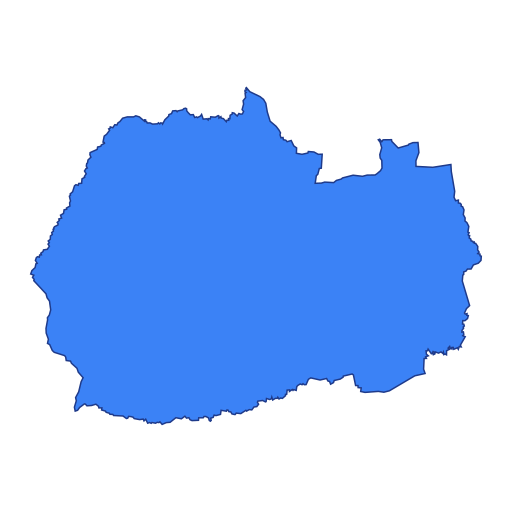 Chulabhorn, Nakhon Si Thammarat, Thailand
{"feature_id": "78962969B60161161731937", "entity_name": "Chulabhorn", "entity_type": "district", "adm_level": 2, "iso_a3": "THA", "parent_name": "Thailand", "parent_adm1": "Nakhon Si Thammarat", "projection": "albers", "projection_center": [99.858, 8.079], "detail": "fine", "context": "isolated", "style": "filled", "palette": "blue", "viewbox_px": 512, "rotation_deg": 0, "n_neighbors": 0, "source": "geoboundaries", "source_scale": "gbopen_adm2", "svg_char_len": 6001}
<svg xmlns="http://www.w3.org/2000/svg" viewBox="0 0 512 512"><path d="M477.8,246.5L475.7,243.4L474.4,243.2L474.2,242.0L473.3,242.4L472.8,241.3L471.1,240.9L470.8,239.1L469.2,238.0L469.6,235.6L468.5,235.5L468.2,234.5L469.1,232.7L467.9,232.1L468.8,226.4L466.9,222.6L465.0,221.0L465.1,217.9L463.3,214.6L464.0,209.9L462.6,206.7L461.2,206.2L461.2,204.4L460.3,203.3L458.4,203.0L458.4,200.1L455.6,200.7L454.0,197.2L454.7,191.3L451.3,171.5L450.9,164.5L432.8,167.3L416.0,166.4L415.9,160.8L418.9,152.6L418.0,142.5L413.0,142.6L408.8,144.2L408.3,145.1L398.2,148.0L391.8,141.4L391.5,139.7L383.1,139.8L381.8,141.7L379.7,139.2L378.3,139.8L380.2,142.3L381.7,147.8L379.8,154.6L380.2,158.1L381.8,160.4L382.0,168.1L380.5,170.7L376.6,174.0L375.0,175.0L367.1,175.1L362.5,176.3L353.1,175.2L342.6,177.9L341.1,179.1L336.4,180.4L333.7,182.6L324.7,182.1L321.4,183.1L315.2,183.3L316.3,175.7L317.8,174.3L319.3,168.5L321.3,168.2L322.2,154.2L318.2,154.3L314.0,152.0L308.3,151.5L307.9,153.0L302.0,154.3L296.4,153.3L296.6,147.9L293.8,145.9L291.2,140.5L287.1,141.7L285.8,140.2L283.4,139.7L283.0,137.5L281.0,137.8L280.0,134.8L280.5,132.9L279.0,130.1L276.1,126.3L270.1,121.2L267.3,112.0L265.8,103.3L263.6,99.5L260.0,96.6L249.8,91.7L246.4,87.6L245.8,88.2L246.5,89.9L245.0,90.3L245.0,91.8L246.1,92.5L245.1,93.3L245.6,97.6L243.1,100.7L243.6,104.1L242.1,109.6L243.6,111.4L242.4,113.9L240.8,114.2L238.9,113.5L237.2,116.0L234.1,113.1L232.3,112.7L232.2,114.0L230.1,115.3L229.9,118.7L228.5,118.6L228.7,120.3L226.9,120.2L226.3,121.7L223.4,118.6L221.2,118.1L220.9,116.7L219.0,118.0L218.9,116.0L218.2,115.6L215.3,117.2L210.7,116.8L210.2,118.9L208.3,118.6L208.1,119.9L206.8,118.8L203.2,119.1L201.6,114.4L200.4,116.1L197.4,117.6L196.6,116.9L194.7,117.5L193.3,114.6L190.3,114.8L188.1,112.6L186.7,110.8L186.6,108.8L185.6,108.2L183.9,108.6L182.7,109.8L177.6,111.0L177.1,111.7L176.0,110.6L172.7,110.9L171.5,113.6L168.9,114.6L168.7,116.1L164.9,119.7L162.6,124.0L162.2,123.1L160.6,122.9L159.8,123.9L158.4,122.8L157.6,123.8L152.6,124.1L150.0,122.9L147.2,123.0L146.5,121.4L145.2,121.5L145.5,119.9L144.5,119.8L144.0,120.8L139.4,116.9L135.8,115.8L133.6,116.9L127.2,116.9L122.6,118.2L119.9,121.6L118.0,122.8L116.9,125.0L114.8,124.7L112.8,127.7L110.3,126.9L110.1,128.2L108.7,128.9L109.6,130.3L106.6,134.3L104.2,136.1L103.0,142.1L104.3,142.5L104.5,143.3L101.3,145.0L100.8,146.3L97.6,147.0L97.2,149.4L90.1,152.6L89.9,154.7L90.9,157.2L88.0,160.0L87.5,162.9L86.7,163.6L86.3,166.1L87.3,168.0L86.0,168.6L84.5,171.0L86.2,173.8L84.4,176.4L84.7,177.3L82.0,178.8L81.6,183.3L78.7,183.5L78.2,185.3L75.9,184.7L74.5,185.8L72.6,191.8L70.1,194.0L70.5,195.1L69.4,196.2L70.5,201.0L69.6,202.8L69.9,206.1L66.5,208.0L66.7,209.2L64.1,209.8L63.5,213.4L60.5,215.2L61.6,218.1L58.8,219.0L59.3,220.5L57.2,222.4L58.1,223.7L57.9,225.0L54.5,226.7L53.7,228.0L54.0,228.9L53.1,229.3L53.4,231.2L51.7,232.5L52.3,234.5L50.4,236.0L50.3,239.3L48.2,241.0L49.3,242.7L48.0,244.1L49.4,246.2L47.3,249.3L43.5,249.9L43.0,251.6L40.8,253.2L41.4,254.8L39.6,255.0L39.3,257.1L37.6,256.7L36.4,257.5L35.4,260.4L37.2,263.3L35.9,263.8L35.1,267.6L31.9,270.6L30.7,274.0L33.8,275.2L32.5,277.4L34.2,279.4L33.8,280.7L46.0,293.8L47.1,297.8L49.5,301.1L50.7,309.9L49.3,315.1L47.4,317.7L47.6,319.8L46.0,328.4L46.2,333.1L48.4,339.2L47.5,343.4L49.7,344.6L52.3,350.5L54.2,352.3L64.6,355.6L65.7,357.1L66.2,360.5L70.5,361.1L71.5,363.3L77.0,368.3L78.3,372.2L83.1,377.7L81.1,381.8L78.7,391.8L75.6,397.6L76.3,400.8L74.4,407.2L75.2,411.1L77.6,410.3L79.6,407.5L84.4,403.9L85.4,404.1L86.9,405.8L91.5,405.5L95.9,404.2L98.5,406.3L98.9,407.9L101.9,407.9L101.6,410.0L105.5,411.1L106.1,412.3L109.3,413.2L109.9,414.3L112.8,414.4L113.6,415.5L123.0,416.0L126.4,418.5L127.7,418.2L128.6,416.4L131.0,416.6L133.1,417.2L134.2,418.6L139.7,419.6L143.2,419.1L144.0,420.9L145.7,419.2L147.7,423.2L149.5,422.5L151.2,423.3L151.9,422.5L155.6,423.2L157.2,422.3L158.9,422.6L159.9,421.8L162.1,424.4L166.3,422.6L170.1,422.3L175.9,417.7L181.4,418.8L184.9,416.2L186.5,418.1L188.9,417.7L190.0,419.7L192.0,420.6L198.5,420.3L198.7,417.8L203.2,417.8L204.0,416.5L205.9,416.5L208.5,417.9L209.3,420.5L210.4,421.2L211.2,420.4L210.7,418.2L213.2,417.4L214.1,415.1L216.0,415.6L220.5,414.4L221.1,410.3L226.4,411.2L226.9,410.0L228.0,410.1L228.9,411.7L230.8,411.9L231.9,413.9L234.4,414.5L235.2,414.5L236.2,413.1L240.8,413.6L245.9,410.3L246.6,411.1L249.2,409.6L251.8,409.9L254.0,407.0L256.8,406.6L258.6,404.2L257.4,402.3L257.9,401.1L262.7,400.5L265.5,401.9L266.1,401.6L266.5,398.5L269.7,399.5L271.4,398.8L271.8,397.2L272.7,400.0L275.3,398.4L277.3,398.3L277.8,397.2L279.0,399.0L280.7,398.0L282.4,398.4L285.5,395.7L285.5,394.4L286.7,394.2L287.1,390.1L289.5,389.9L289.5,391.4L292.3,389.5L293.0,390.4L293.7,389.6L296.2,390.4L296.8,386.5L298.0,385.3L300.2,384.0L302.1,384.7L303.0,383.7L304.3,384.7L306.1,384.6L308.4,379.3L310.7,377.9L320.1,380.0L326.6,378.5L327.9,381.0L329.6,381.5L330.6,384.2L333.5,382.6L334.2,380.5L340.2,379.1L343.1,377.2L343.3,376.1L352.1,374.0L353.4,374.9L355.6,385.5L358.0,385.6L358.1,387.6L361.2,387.9L360.7,391.5L365.0,392.4L378.3,391.4L383.9,392.2L389.4,390.8L414.8,375.8L425.1,373.5L423.6,369.2L424.1,358.5L426.4,358.4L425.6,356.8L428.3,355.8L426.4,354.2L426.1,350.8L427.5,350.8L428.1,349.1L431.3,353.7L432.8,353.9L432.5,352.6L433.1,351.5L434.5,352.7L433.9,354.4L434.9,353.9L435.2,351.9L438.5,353.1L441.0,351.9L442.7,353.3L443.4,352.0L443.8,354.6L445.1,354.0L446.5,354.8L446.6,350.7L449.5,349.3L448.1,348.1L449.7,346.4L450.2,348.0L451.9,349.0L451.9,347.5L453.2,347.4L453.8,349.3L457.4,347.8L458.3,349.3L459.2,346.6L461.2,346.9L460.4,345.1L465.2,336.7L462.8,335.7L463.8,334.6L463.4,331.9L461.9,332.1L462.0,330.4L463.6,328.2L463.2,327.0L464.3,326.0L463.8,324.2L462.5,324.0L462.8,320.6L464.9,320.7L467.5,318.6L468.3,315.6L466.8,315.2L467.0,313.6L465.3,314.1L464.5,313.0L466.5,308.6L469.6,305.6L462.3,281.0L462.8,275.1L463.7,274.5L463.7,271.9L466.0,271.1L467.4,269.1L471.1,269.0L473.4,264.9L478.3,263.2L481.0,260.4L481.3,256.2L480.0,255.7L480.0,254.1L477.8,253.6L479.1,252.1L477.6,249.9L477.8,246.5Z" fill="#3b82f6" stroke="#1e3a8a" stroke-width="1.5"/></svg>